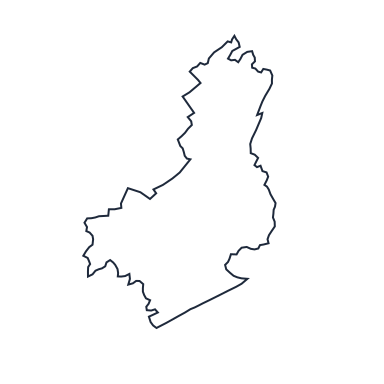 Ipumirim, Santa Catarina, Brazil (Mercator projection), rotated 235°
{"feature_id": "56859067B73959193279849", "entity_name": "Ipumirim", "entity_type": "district", "adm_level": 2, "iso_a3": "BRA", "parent_name": "Brazil", "parent_adm1": "Santa Catarina", "projection": "mercator", "projection_center": [-52.147, -27.04], "detail": "fine", "context": "isolated", "style": "outline", "palette": "slate", "viewbox_px": 384, "rotation_deg": 235, "n_neighbors": 0, "source": "geoboundaries", "source_scale": "gbopen_adm2", "svg_char_len": 2515}
<svg xmlns="http://www.w3.org/2000/svg" viewBox="0 0 384 384"><g transform="rotate(235 192 192)"><path d="M246.7,325.7L249.3,323.5L251.9,321.0L250.3,317.2L252.7,315.2L256.8,314.7L259.3,312.6L262.2,314.3L262.9,318.5L266.1,320.5L269.2,320.8L272.9,322.0L275.1,317.6L275.4,312.1L273.2,307.9L271.8,304.3L275.6,303.0L277.4,299.6L280.6,298.0L282.4,302.0L284.4,305.9L283.9,310.5L283.5,314.3L287.8,316.0L291.8,315.8L295.6,316.3L294.0,312.3L292.1,309.9L294.9,307.6L293.5,299.4L293.7,290.2L291.7,282.4L288.5,278.8L289.1,275.4L293.0,272.8L291.9,268.2L293.0,263.7L291.9,259.2L280.5,261.2L276.4,261.5L275.1,247.1L275.6,239.1L255.6,239.1L255.8,231.5L250.4,231.9L247.0,230.3L246.1,225.1L244.5,220.3L243.7,215.6L243.2,210.5L236.4,208.8L233.1,209.4L229.4,208.2L225.8,206.8L222.3,207.0L219.7,209.4L215.0,193.1L214.3,183.7L214.5,172.2L216.2,161.9L211.5,161.9L210.4,153.6L221.4,149.6L231.9,141.7L223.3,127.2L219.5,125.0L222.2,118.8L225.5,114.0L220.6,109.8L225.5,101.9L226.6,98.2L228.2,94.6L230.5,91.0L228.5,86.3L223.5,85.9L220.6,83.0L217.5,84.9L213.2,85.4L210.0,83.9L205.9,80.3L205.8,76.2L204.2,71.1L202.1,66.4L197.8,68.7L194.4,68.0L191.4,67.2L190.1,63.9L186.6,61.2L182.4,58.3L181.6,63.3L182.9,67.8L182.2,71.3L181.1,74.4L180.9,78.3L183.4,81.6L183.2,85.9L179.5,87.0L176.4,87.3L171.6,86.8L168.0,85.0L165.4,82.8L163.4,85.4L161.5,89.0L160.8,93.7L156.4,91.3L152.7,86.7L151.1,91.2L151.2,95.2L149.2,98.0L144.5,99.2L141.4,96.6L138.5,94.6L135.0,93.7L131.3,93.3L127.4,95.6L125.3,92.3L124.2,88.7L121.1,87.2L118.3,90.6L117.1,94.4L112.9,94.9L113.7,90.1L114.6,85.2L109.2,83.5L105.0,83.6L101.0,84.9L99.5,95.9L98.1,109.8L97.3,117.0L96.9,123.6L95.9,127.9L95.2,132.5L94.6,137.0L93.5,143.8L92.9,147.8L91.5,157.2L90.5,164.3L89.7,169.4L89.0,173.9L88.4,180.0L89.1,187.6L92.9,183.0L96.1,180.2L99.5,178.0L104.0,176.8L109.0,175.7L113.3,177.3L114.0,181.3L115.8,184.4L118.7,188.2L115.3,192.7L117.1,196.4L117.9,200.7L115.6,205.3L111.7,207.6L109.1,210.3L107.7,213.9L109.5,217.2L107.9,220.6L106.1,225.3L110.0,226.8L112.5,230.3L114.3,234.8L116.3,240.1L120.3,242.7L124.7,243.7L127.5,246.2L130.6,248.7L132.4,251.6L135.0,254.1L139.8,254.5L145.1,255.0L150.0,256.3L153.4,256.5L156.3,255.4L158.8,260.1L160.9,263.2L165.3,264.3L168.7,261.7L174.2,263.2L175.1,259.5L178.2,258.6L180.0,261.9L182.0,265.7L186.6,264.8L190.1,262.4L194.0,265.0L197.9,267.2L201.5,271.9L205.9,279.9L210.9,287.9L212.9,291.1L216.4,294.9L217.7,289.5L223.2,297.6L225.8,301.6L228.8,307.2L232.1,314.6L235.0,319.7L238.2,321.9L241.3,324.6L246.7,325.7Z" fill="none" stroke="#1e293b" stroke-width="2"/></g></svg>